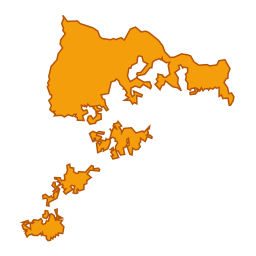 the district of Ñürüm, Veraguas, Panama
{"feature_id": "35544464B55183613769543", "entity_name": "Ñürüm", "entity_type": "district", "adm_level": 2, "iso_a3": "PAN", "parent_name": "Panama", "parent_adm1": "Veraguas", "projection": "orthographic", "projection_center": [-81.4, 8.371], "detail": "fine", "context": "isolated", "style": "filled", "palette": "amber", "viewbox_px": 256, "rotation_deg": 0, "n_neighbors": 0, "source": "geoboundaries", "source_scale": "gbopen_adm2", "svg_char_len": 5711}
<svg xmlns="http://www.w3.org/2000/svg" viewBox="0 0 256 256"><path d="M62.7,15.4L63.8,17.9L61.7,23.6L63.5,28.3L62.8,30.5L65.3,33.6L60.7,39.9L60.2,44.1L62.6,48.0L58.2,53.7L56.9,59.9L51.2,66.3L48.8,76.3L49.5,79.7L47.7,82.9L48.7,85.4L47.3,86.6L50.1,94.6L51.6,95.0L51.6,97.7L48.8,100.4L51.4,105.7L49.8,109.5L52.3,111.8L54.5,111.4L53.5,112.5L55.4,114.2L54.3,115.8L61.6,115.3L64.4,117.0L68.1,114.7L72.7,116.3L73.9,114.4L76.1,114.3L74.8,116.5L77.3,117.6L77.4,120.2L84.0,120.5L82.5,115.7L87.8,112.8L86.8,109.9L83.6,110.8L81.8,109.0L81.4,105.2L84.6,106.5L84.9,105.4L86.5,107.0L87.8,104.1L89.8,106.5L94.6,106.2L93.1,107.8L95.8,110.3L96.5,115.7L93.1,119.1L90.8,115.6L88.4,116.5L87.2,120.3L89.9,124.2L95.6,123.1L96.2,121.1L101.3,119.1L101.0,113.8L97.9,113.5L97.5,111.4L101.3,110.6L101.7,109.2L97.5,107.9L96.6,105.9L99.7,105.3L101.9,107.3L103.5,106.4L106.4,110.7L108.3,109.5L105.7,105.2L104.6,99.6L102.5,98.7L101.1,94.9L108.5,93.4L111.2,81.9L115.3,80.6L116.1,78.9L118.7,80.7L120.1,84.4L123.8,87.5L123.3,89.0L124.9,89.2L127.1,92.7L125.5,95.1L128.9,97.7L124.5,100.2L130.2,100.4L132.6,104.1L134.0,102.5L136.9,103.8L136.7,95.6L141.5,96.9L142.3,94.9L133.5,91.0L134.5,94.8L132.3,96.7L130.9,93.7L131.0,88.1L135.2,86.1L139.9,87.7L143.4,84.4L150.5,88.7L151.4,86.3L149.7,81.8L144.0,82.1L137.8,78.6L136.7,76.3L136.7,77.7L130.3,81.6L128.4,78.4L127.5,75.8L128.9,68.0L130.8,68.2L131.8,65.3L137.0,62.8L137.7,57.0L139.1,55.8L142.1,56.7L143.3,61.6L147.9,63.8L141.0,72.3L137.4,72.8L136.6,74.3L137.9,75.7L144.9,74.2L150.0,67.6L151.8,67.8L152.5,62.3L154.6,60.5L159.1,58.7L160.9,59.8L162.1,57.8L162.3,60.2L166.3,62.8L169.6,62.3L168.2,65.3L169.8,74.2L166.0,77.2L163.5,77.2L162.7,75.1L157.8,74.1L158.1,77.3L156.3,79.1L157.9,81.8L155.0,84.3L160.0,89.7L161.7,85.7L164.0,84.9L165.4,80.8L172.6,86.7L177.6,87.8L181.3,90.8L177.6,83.0L178.2,77.9L174.9,72.4L179.6,68.9L178.6,65.6L180.6,64.9L182.8,68.0L183.1,67.0L187.6,67.9L187.6,72.4L185.4,74.2L186.4,76.5L185.5,79.9L187.7,82.8L187.6,88.9L190.5,90.1L191.0,88.6L194.6,88.0L195.1,91.6L190.0,92.4L190.2,94.6L195.5,94.0L198.1,90.7L199.8,91.4L197.3,90.0L196.5,88.4L200.2,90.5L201.3,87.8L203.0,90.7L204.5,89.0L207.7,88.6L208.6,90.1L209.9,88.1L212.8,89.1L215.1,87.2L216.3,88.2L219.1,87.4L219.1,96.4L221.4,95.0L222.9,98.6L228.0,98.1L229.2,105.3L230.5,105.2L233.1,100.9L233.9,96.8L231.5,93.0L228.8,93.6L227.6,87.7L224.0,82.6L226.1,78.8L227.9,78.3L228.0,73.8L230.0,68.7L224.8,59.7L218.9,60.8L216.8,64.9L209.9,65.9L207.1,64.6L198.9,65.2L193.9,61.9L190.7,56.0L187.5,54.8L181.4,53.9L174.6,57.1L170.2,57.4L164.8,51.8L162.7,45.9L158.5,40.4L148.6,32.4L145.7,31.2L141.2,31.9L135.5,27.1L130.3,29.1L124.3,40.1L121.2,37.7L115.4,39.6L113.7,38.5L110.5,39.7L102.1,38.5L99.8,36.6L97.8,31.2L93.0,27.9L80.1,23.6L77.5,21.0L67.4,21.4L62.7,15.4ZM112.9,159.0L118.7,157.5L116.1,151.0L118.3,151.0L120.5,155.0L124.7,154.4L123.3,148.2L125.7,146.9L128.0,142.2L126.9,141.9L127.0,139.2L128.5,138.2L129.2,144.9L127.1,146.5L129.8,154.2L132.0,155.0L132.8,148.1L135.5,149.8L138.0,149.4L140.3,146.7L138.9,144.0L140.6,141.7L140.6,138.3L145.2,141.5L147.3,136.5L151.7,138.4L152.1,137.1L150.2,135.2L146.8,134.9L148.4,133.5L147.5,129.9L149.3,128.7L149.6,126.3L143.9,132.3L142.7,131.0L135.9,133.0L131.5,127.8L123.9,128.4L121.6,132.8L121.5,130.4L119.2,127.2L121.6,126.0L118.0,121.4L117.1,123.0L113.8,123.9L113.2,126.0L114.0,127.1L115.2,126.1L116.4,128.6L113.7,127.1L112.2,131.0L109.6,128.6L111.7,131.3L110.7,135.9L109.7,138.8L106.7,139.7L106.1,138.7L105.4,140.8L99.4,139.6L101.6,137.6L101.0,136.4L96.5,135.5L97.0,133.6L103.7,134.2L104.2,132.4L99.0,131.5L96.6,132.9L93.0,131.3L89.5,133.5L92.9,141.6L94.0,141.5L94.3,138.1L95.5,138.3L95.4,140.6L101.6,142.0L99.7,144.7L98.0,142.5L96.5,143.2L97.7,152.7L101.1,151.1L101.6,148.9L103.5,148.5L103.2,151.1L107.9,148.6L110.5,141.9L110.0,139.6L112.2,137.2L115.2,138.4L115.2,141.3L116.9,141.3L117.6,143.0L115.5,146.3L115.7,149.8L113.5,149.3L113.0,147.6L110.4,149.6L113.1,150.3L110.8,152.1L113.5,155.6L111.3,156.0L112.9,159.0ZM30.7,229.3L24.8,225.1L27.7,223.8L27.0,222.8L28.9,223.2L28.0,220.5L22.3,222.4L24.4,222.9L22.1,225.3L23.6,229.3L26.6,229.8L25.0,231.0L26.7,231.2L25.2,233.1L27.1,236.9L28.8,234.9L32.2,234.3L33.3,235.4L37.6,235.5L40.5,233.3L41.3,235.1L42.4,232.6L43.0,235.3L46.5,236.1L46.3,238.6L48.1,240.6L50.5,240.3L51.0,237.5L52.8,238.9L53.6,236.6L55.2,237.2L56.0,234.6L58.4,235.5L58.4,233.0L62.7,233.5L63.9,226.8L60.4,223.1L62.4,220.2L58.6,220.2L58.5,216.2L60.1,218.3L62.2,217.9L57.0,215.2L57.1,209.1L54.8,209.9L56.8,215.3L57.7,215.8L55.9,217.9L57.7,219.5L55.7,220.3L53.9,215.3L51.6,213.9L48.5,214.5L47.7,211.0L45.2,210.6L45.1,213.6L42.8,214.9L43.1,217.5L46.5,218.6L48.6,215.0L50.0,215.3L48.4,221.0L46.4,220.9L45.5,223.4L43.2,224.4L41.7,223.2L42.5,221.0L40.9,218.6L38.3,220.4L33.6,219.8L32.0,222.1L33.8,222.4L32.4,223.5L30.1,222.6L30.7,229.3ZM54.8,178.9L57.3,179.4L58.8,180.9L57.5,181.6L60.4,182.9L58.1,185.8L62.4,184.2L63.1,185.4L61.6,187.9L62.8,186.9L64.3,189.3L65.7,189.0L63.5,191.7L65.8,194.1L72.8,189.4L70.4,186.5L71.6,185.3L74.8,186.0L73.1,192.9L75.9,193.5L77.8,192.9L76.7,190.1L77.9,189.0L79.1,190.9L83.9,189.4L84.0,184.7L86.7,183.6L86.9,180.5L91.2,177.5L87.2,174.0L90.0,170.2L99.3,171.0L99.6,169.6L98.3,168.2L93.5,168.9L93.2,166.2L91.4,165.5L85.4,172.2L78.5,171.7L78.3,173.3L76.7,173.5L73.6,171.9L73.7,168.0L70.2,167.6L69.7,164.2L66.9,165.4L67.5,170.0L66.4,173.7L64.3,175.0L65.0,180.1L61.2,180.6L60.3,177.9L54.6,177.5L54.8,178.9ZM42.8,195.4L43.1,198.8L46.4,198.2L47.4,199.3L46.6,205.6L49.0,206.0L48.6,202.5L56.9,198.2L59.7,189.1L58.5,187.9L57.4,192.0L56.3,191.8L55.7,190.2L57.6,186.8L55.3,185.9L55.1,182.3L53.5,182.3L52.0,185.5L55.7,188.9L53.0,191.4L54.6,192.7L53.2,194.2L53.8,197.6L52.3,197.7L51.2,195.9L49.0,197.2L45.5,194.3L42.8,195.4Z" fill="#f59e0b" stroke="#b45309" stroke-width="1.5"/></svg>